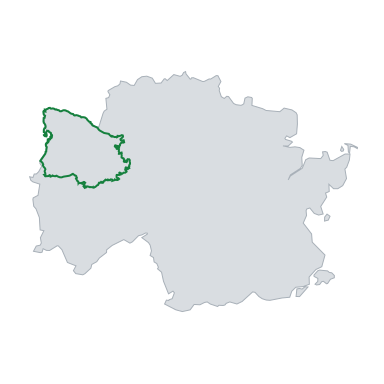 Germany, with Baden-Württemberg highlighted, rotated 93°
{"feature_id": "DEU-1573", "entity_name": "Baden-Württemberg", "entity_type": "State", "adm_level": 1, "iso_a3": "DEU", "parent_name": "Germany", "parent_adm1": "", "projection": "mercator", "projection_center": [9.433, 48.664], "detail": "fine", "context": "in_parent", "style": "outline", "palette": "green", "viewbox_px": 384, "rotation_deg": 93, "n_neighbors": 0, "source": "natural_earth", "source_scale": "10m", "svg_char_len": 9516}
<svg xmlns="http://www.w3.org/2000/svg" viewBox="0 0 384 384"><g transform="rotate(93 192 192)"><path d="M168.1,345.4L159.2,339.7L151.3,340.3L150.0,338.5L147.3,338.6L143.2,335.6L139.6,337.4L138.8,339.1L139.0,340.0L142.7,340.2L143.1,341.0L139.5,342.8L133.4,342.2L126.3,343.9L120.3,343.6L116.8,342.2L115.9,339.6L116.1,335.7L117.6,330.6L118.0,326.8L117.3,324.4L118.2,320.7L120.5,315.9L124.0,301.9L131.9,291.9L131.7,288.4L118.0,284.9L115.8,283.9L113.8,281.3L103.0,282.9L102.1,280.2L99.2,279.1L96.2,281.2L95.1,281.0L90.9,274.6L89.8,271.6L87.8,269.6L84.9,269.2L85.8,263.3L88.5,258.9L88.6,255.3L82.6,252.3L79.5,248.1L78.7,243.2L80.4,237.6L85.4,234.2L84.8,228.6L80.5,225.7L80.3,224.7L82.0,222.6L75.7,216.3L77.1,209.9L76.0,208.0L73.1,206.6L72.1,204.7L74.3,204.2L79.3,199.8L79.4,199.1L78.0,198.4L77.8,196.6L81.1,187.1L80.9,185.5L78.2,180.8L78.2,179.2L74.5,173.9L74.5,172.2L80.2,168.9L85.2,171.3L87.0,169.9L89.4,170.1L95.3,167.7L96.9,164.7L94.6,162.3L94.8,160.5L101.4,155.1L102.5,152.5L102.9,147.6L102.1,146.0L101.2,144.9L95.5,144.0L94.0,141.2L94.5,137.4L95.4,136.7L102.4,136.7L105.1,125.8L106.7,122.3L107.2,108.5L103.4,104.4L104.8,96.5L107.4,92.2L109.5,91.0L118.5,90.3L128.4,90.6L132.6,97.1L131.0,100.4L133.5,102.0L134.6,101.4L136.1,95.3L136.9,94.3L141.1,98.4L141.2,103.6L142.3,96.5L141.5,91.5L142.0,86.6L144.4,82.4L151.7,84.2L159.8,83.3L162.8,85.1L169.7,94.6L174.9,96.6L170.9,94.6L162.5,83.1L153.8,80.1L151.9,76.8L151.9,65.2L148.6,62.9L145.1,63.7L144.6,61.0L145.2,59.1L153.1,55.9L153.3,52.7L146.1,41.2L145.8,36.2L151.8,36.5L159.2,38.8L161.1,40.5L170.5,38.4L177.7,41.8L181.1,46.6L181.3,50.8L177.1,55.7L184.3,55.0L186.1,58.6L190.0,57.2L199.7,62.7L207.1,59.9L208.4,64.3L207.0,68.8L201.8,73.5L202.9,76.4L204.6,77.1L209.5,76.4L217.2,79.3L227.6,70.4L235.8,69.3L248.0,55.9L259.8,58.5L262.9,64.2L270.8,70.6L278.0,70.0L280.6,76.0L281.7,83.4L285.9,87.2L292.0,88.9L293.1,96.5L296.1,108.5L296.0,112.2L294.9,116.3L292.9,119.7L288.9,123.8L288.6,126.2L298.7,136.2L301.5,141.3L299.8,148.5L301.4,152.0L303.1,153.2L303.7,155.0L303.7,159.2L305.0,160.4L302.9,167.9L301.0,171.0L301.6,173.6L304.2,178.2L304.2,184.0L309.8,187.7L311.9,195.4L310.5,202.0L305.3,213.5L301.3,211.9L301.6,209.5L300.8,209.3L299.6,206.2L293.6,204.3L292.0,205.8L294.9,210.1L282.6,215.8L273.7,218.2L270.5,222.4L268.9,221.6L265.3,223.4L263.8,226.2L259.5,227.0L257.6,230.5L252.9,229.4L247.3,231.0L244.8,232.8L240.2,239.7L236.4,234.4L235.5,234.4L235.3,236.1L237.5,239.9L238.4,243.1L244.9,248.9L246.3,251.3L243.1,257.6L249.5,268.9L254.2,274.2L256.9,274.2L262.8,281.1L266.6,283.5L269.6,288.3L273.4,289.0L279.2,294.7L280.4,296.7L279.6,303.8L276.8,306.3L271.8,304.0L268.9,312.7L256.4,318.9L252.8,322.7L252.8,323.9L257.9,331.2L257.9,334.4L256.4,337.7L260.0,338.6L260.5,340.3L259.5,347.2L254.1,344.7L253.1,340.9L250.9,339.8L245.6,341.0L238.4,337.9L237.8,341.7L225.5,343.1L217.0,346.9L214.5,349.3L207.8,350.5L206.2,350.3L203.4,345.6L192.1,344.4L190.2,351.5L188.7,353.6L185.3,354.9L185.8,351.6L182.3,350.5L182.1,348.3L179.8,346.2L174.0,343.4L171.4,345.4L168.1,345.4ZM277.7,59.7L278.3,62.8L277.6,64.3L274.7,61.7L271.7,61.8L269.9,65.7L268.6,65.9L264.1,62.3L263.3,60.5L263.7,52.5L265.1,50.7L265.4,48.2L267.9,45.5L270.2,45.4L271.9,49.2L276.3,51.8L276.6,52.9L274.3,56.1L274.8,57.8L277.7,59.7ZM290.8,79.1L290.9,82.6L283.3,82.2L282.7,79.6L283.2,77.0L280.7,74.2L280.8,71.2L290.8,79.1ZM137.3,38.7L135.7,42.4L135.9,36.0L138.8,29.1L140.0,29.2L138.4,32.4L138.1,36.3L144.7,36.7L143.9,37.9L137.3,38.7ZM214.1,58.1L210.1,58.2L207.0,56.0L209.0,52.9L212.9,54.4L214.1,58.1ZM143.6,44.8L142.6,45.9L138.7,44.8L141.6,42.7L143.2,43.2L143.6,44.8Z" fill="#d9dde1" stroke="#a8b0b8" stroke-width="1"/><path d="M168.9,345.1L161.5,340.5L160.5,340.3L159.5,340.3L159.2,339.7L157.7,339.7L154.8,339.4L154.3,339.6L153.9,340.1L153.0,340.4L151.9,340.5L151.3,340.3L150.5,339.7L150.1,339.3L150.1,339.1L150.6,339.0L149.9,338.3L149.1,337.8L148.4,337.8L148.1,338.5L148.4,338.8L147.0,338.8L146.9,338.3L146.5,337.7L147.0,336.8L146.9,336.4L146.1,336.3L145.4,335.2L145.1,335.0L144.8,335.3L144.7,336.1L144.4,336.4L144.1,336.2L144.0,334.9L143.5,334.7L142.8,334.7L142.4,334.9L142.6,335.5L142.2,335.7L140.5,336.0L140.3,336.1L139.9,336.9L139.7,337.7L138.7,338.3L138.5,338.6L138.4,338.9L138.6,339.5L138.4,339.9L139.0,340.1L140.2,340.9L140.7,340.9L141.8,340.3L143.1,340.0L144.1,340.3L144.0,341.2L143.8,341.1L143.7,340.8L143.4,341.0L143.5,341.6L143.4,342.5L143.2,342.8L142.9,342.9L142.3,342.0L141.9,341.6L141.1,341.7L140.3,342.2L140.0,343.1L139.1,343.2L137.5,343.2L136.2,342.8L135.8,341.9L134.8,341.6L134.3,341.6L132.9,341.9L132.4,342.3L132.0,342.5L131.2,343.0L130.7,343.6L129.3,344.0L125.9,344.0L125.7,343.1L123.9,342.8L123.5,342.7L122.6,343.9L122.1,344.2L119.9,344.6L119.3,344.6L118.0,343.8L118.7,343.9L119.0,343.6L119.3,342.6L118.7,342.7L117.4,343.1L117.5,342.5L117.5,342.2L117.0,341.6L116.4,340.4L116.1,339.9L115.7,339.7L115.4,338.3L116.1,337.4L116.1,336.7L115.8,335.4L115.9,334.8L116.2,333.6L116.7,333.2L116.8,332.7L116.6,331.6L117.2,330.6L117.2,329.7L117.3,329.2L118.0,328.5L118.3,328.0L118.2,326.8L117.1,324.8L117.0,323.2L117.4,321.8L117.9,320.9L117.9,320.3L118.1,319.9L119.7,317.5L120.0,317.0L120.4,314.7L121.3,314.1L121.7,313.5L121.7,312.9L121.4,311.9L121.3,311.4L121.4,310.9L121.7,309.4L122.2,308.4L122.2,307.7L122.4,307.3L123.3,306.5L123.3,306.2L123.0,305.4L123.0,304.0L123.2,302.7L124.3,301.0L125.1,300.6L125.5,300.2L127.1,298.5L127.3,298.2L127.3,297.4L127.4,297.0L128.7,296.9L128.8,296.7L128.9,296.1L129.2,295.7L129.5,295.7L130.6,295.0L130.9,294.5L132.1,291.2L132.9,289.7L133.4,289.0L134.2,288.8L135.1,287.8L135.6,287.0L137.6,283.0L137.7,282.6L138.2,278.8L138.3,278.1L139.0,277.6L140.8,275.5L140.9,275.0L140.2,274.8L140.3,274.4L141.2,272.3L141.0,270.9L141.4,270.1L141.1,269.6L139.8,269.3L139.8,269.0L140.3,268.7L140.3,268.4L140.0,267.7L139.4,266.0L138.9,265.1L139.1,264.1L140.0,263.8L140.6,263.9L141.2,264.4L143.0,266.2L144.1,265.8L144.3,265.5L144.4,265.2L143.9,263.1L143.9,262.9L145.9,262.4L146.0,262.8L146.3,263.2L146.3,263.6L146.2,263.9L146.3,264.4L146.7,265.3L147.0,265.6L148.2,266.4L149.3,266.4L149.6,266.6L149.7,267.1L149.9,267.2L151.5,267.1L151.6,267.3L151.6,267.6L151.2,268.3L150.5,267.9L149.9,268.7L150.0,269.9L149.9,270.2L149.5,270.4L149.4,271.1L149.6,271.3L150.4,271.5L150.7,271.3L151.5,270.3L151.8,269.5L152.0,269.5L152.1,269.8L152.8,269.5L153.0,269.1L152.9,268.9L152.5,268.1L153.2,267.2L154.7,267.2L155.3,267.3L155.6,267.2L156.2,266.6L156.4,266.6L157.1,266.6L157.4,267.0L157.7,267.0L157.7,266.7L157.4,266.2L156.9,265.3L156.3,264.6L156.3,264.4L156.5,264.4L157.0,264.7L157.3,264.3L157.6,264.5L159.1,264.1L161.0,264.2L161.3,264.1L161.6,263.3L162.0,262.9L161.9,262.2L162.1,262.0L162.6,261.7L163.5,261.6L164.2,261.3L164.7,261.7L165.0,261.7L165.5,261.2L165.3,260.7L165.6,258.9L164.8,258.5L164.6,258.6L164.4,259.3L164.0,259.3L164.0,259.1L164.1,258.6L164.0,258.4L162.9,258.2L162.6,258.0L162.6,257.7L162.8,257.2L162.6,256.6L163.0,256.1L163.6,255.8L164.9,255.9L165.8,255.5L166.8,255.4L167.2,255.4L168.6,256.1L169.0,256.1L169.4,255.9L170.1,256.4L171.4,255.9L171.5,256.2L171.3,256.6L171.4,257.2L171.3,257.6L171.3,258.1L171.1,258.3L171.1,258.6L170.9,259.2L170.9,259.4L171.5,259.7L172.0,259.7L172.2,259.0L172.6,258.8L172.8,258.4L173.0,259.1L173.3,259.7L173.4,259.8L174.4,258.8L175.1,258.4L175.2,258.5L176.2,259.7L176.3,261.3L177.3,262.5L177.5,262.8L177.4,263.2L176.9,263.9L176.9,264.6L176.4,265.1L176.4,265.4L176.6,265.6L177.0,265.5L177.2,264.9L177.6,264.7L178.1,264.1L178.3,264.1L178.4,264.4L178.3,264.8L178.7,265.3L178.8,266.2L178.8,266.9L178.9,268.1L179.2,268.2L181.1,268.1L181.3,268.0L182.3,267.0L182.3,266.5L182.1,266.2L182.8,265.5L183.2,265.9L183.1,266.4L183.1,266.5L183.9,266.9L183.9,267.1L183.7,267.7L184.0,268.4L183.8,269.1L183.5,269.7L184.2,270.0L185.0,272.1L184.2,272.0L183.7,272.6L183.7,273.7L183.7,274.0L184.0,274.3L184.5,274.5L184.4,275.4L184.7,276.4L184.7,276.6L184.0,276.5L183.9,276.7L184.0,277.0L184.3,277.4L184.4,278.2L184.8,278.9L184.4,279.2L185.3,280.0L186.3,281.2L186.9,281.0L187.5,281.5L187.5,281.9L187.5,282.3L187.2,283.0L186.7,283.1L186.6,283.3L187.0,283.6L187.4,283.7L187.3,284.2L187.8,284.7L187.7,285.4L188.4,285.7L188.9,285.7L189.4,286.0L189.8,286.1L190.0,286.3L190.2,287.0L191.4,288.1L191.6,288.5L192.1,289.0L192.2,289.4L192.6,289.8L192.8,290.5L192.8,290.8L192.2,291.1L192.5,291.4L192.4,292.9L192.3,293.4L192.6,294.1L192.4,294.8L192.1,295.4L192.1,296.3L191.9,296.7L191.9,297.1L191.9,297.4L192.1,297.7L192.9,298.0L193.0,298.5L193.5,299.3L192.0,300.6L191.9,300.5L191.9,300.2L192.0,299.8L192.0,299.5L192.2,299.3L192.1,299.2L191.8,299.1L190.3,300.7L189.8,299.8L188.9,299.7L188.4,299.2L187.7,300.0L187.6,300.5L188.1,301.4L189.3,302.4L189.3,302.6L188.7,303.1L188.8,303.4L189.0,304.1L189.0,304.8L188.7,305.7L188.7,305.8L188.9,305.9L187.6,306.1L187.2,306.5L187.1,307.0L184.6,308.6L184.3,308.4L184.2,307.9L184.0,307.7L183.7,307.7L183.1,308.2L182.2,308.4L181.9,308.7L181.6,309.2L181.7,309.7L181.5,309.9L180.1,311.9L180.3,312.4L180.6,312.4L181.1,313.5L182.0,314.9L182.4,316.3L183.4,321.1L184.1,322.7L184.2,323.2L184.2,324.7L184.0,325.5L183.2,327.7L182.9,327.9L182.8,328.2L183.1,328.9L183.4,329.3L183.4,329.5L183.3,330.9L183.2,331.1L183.1,331.8L182.8,332.1L182.9,332.3L183.3,332.4L184.0,334.1L183.7,334.2L183.4,334.6L182.8,334.7L182.6,335.1L183.2,335.9L183.5,335.9L183.6,336.1L183.8,338.2L184.0,338.9L183.9,339.5L183.7,339.6L182.9,339.4L182.8,340.2L182.5,340.5L182.1,339.5L181.9,339.4L181.4,339.4L180.8,339.5L179.3,340.2L178.7,340.2L178.1,340.0L177.0,339.6L176.2,339.9L174.3,341.7L173.1,342.3L172.2,342.0L171.8,342.2L171.5,342.6L170.5,342.9L168.9,345.1Z" fill="none" stroke="#15803d" stroke-width="2"/></g></svg>